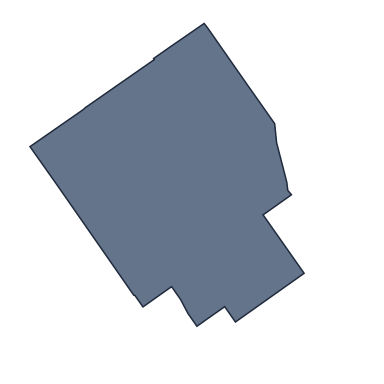 Socorro, New Mexico, United States of America, rotated 55°
{"feature_id": "52423323B71844898406076", "entity_name": "Socorro", "entity_type": "district", "adm_level": 2, "iso_a3": "USA", "parent_name": "United States of America", "parent_adm1": "New Mexico", "projection": "equal_earth", "projection_center": [-106.775, 34.028], "detail": "fine", "context": "isolated", "style": "filled", "palette": "slate", "viewbox_px": 384, "rotation_deg": 55, "n_neighbors": 0, "source": "geoboundaries", "source_scale": "gbopen_adm2", "svg_char_len": 550}
<svg xmlns="http://www.w3.org/2000/svg" viewBox="0 0 384 384"><g transform="rotate(55 192 192)"><path d="M251.3,112.1L245.6,112.6L238.5,108.8L229.8,105.5L200.1,94.4L199.4,94.0L195.8,92.0L183.5,85.1L163.5,85.1L137.1,85.2L65.8,85.1L60.9,85.4L60.6,127.4L60.6,146.9L61.9,146.9L61.7,231.0L62.1,233.7L61.9,298.7L107.2,298.5L243.2,298.9L243.9,298.1L258.0,298.1L257.8,263.0L273.3,263.0L289.3,265.0L304.8,265.0L304.7,246.0L304.7,231.0L323.4,231.0L322.9,146.8L297.3,146.8L251.5,146.9L251.3,112.1Z" fill="#64748b" stroke="#1e293b" stroke-width="1.5"/></g></svg>